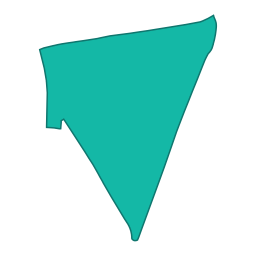 the district of Zawiyya Al-Hamra, Al Qahirah, Egypt
{"feature_id": "37247803B37865224267935", "entity_name": "Zawiyya Al-Hamra", "entity_type": "district", "adm_level": 2, "iso_a3": "EGY", "parent_name": "Egypt", "parent_adm1": "Al Qahirah", "projection": "mercator", "projection_center": [31.271, 30.098], "detail": "fine", "context": "isolated", "style": "filled", "palette": "teal", "viewbox_px": 256, "rotation_deg": 0, "n_neighbors": 0, "source": "geoboundaries", "source_scale": "gbopen_adm2", "svg_char_len": 1872}
<svg xmlns="http://www.w3.org/2000/svg" viewBox="0 0 256 256"><path d="M46.6,127.4L49.9,127.6L54.2,127.9L59.0,128.7L59.9,128.8L60.7,128.7L60.8,127.1L61.2,122.4L61.2,122.0L61.2,121.6L61.1,121.2L61.1,120.8L63.7,119.2L63.9,119.6L64.2,119.9L69.8,128.5L85.1,152.1L89.0,158.4L92.9,164.4L95.7,169.3L97.9,173.2L100.0,177.1L102.3,181.1L103.3,183.0L103.4,183.3L103.6,183.6L111.2,196.7L124.5,218.8L126.7,222.2L126.9,222.5L127.0,222.7L127.3,223.1L127.6,223.5L127.8,223.9L128.1,224.4L128.3,224.8L128.5,225.2L128.8,225.7L129.0,226.1L129.2,226.6L129.4,227.0L129.6,227.5L129.8,227.9L130.0,228.4L130.1,228.8L130.3,229.3L130.5,229.8L130.6,230.3L130.8,230.7L130.9,231.2L131.0,231.7L131.1,232.2L131.2,232.6L131.3,233.1L131.4,233.6L131.5,234.1L131.6,234.6L131.6,235.1L131.7,235.6L131.7,236.1L131.8,236.6L131.8,237.1L131.8,237.6L131.8,238.1L131.9,238.5L132.0,238.9L132.2,239.2L132.4,239.4L132.7,239.6L132.9,239.9L133.2,240.0L133.5,240.2L133.8,240.4L134.1,240.5L134.4,240.6L134.7,240.6L135.1,240.6L135.4,240.6L135.7,240.6L136.2,240.5L136.5,240.4L136.9,240.3L137.1,240.1L137.5,240.0L138.7,237.2L141.4,229.7L158.6,182.7L164.4,166.7L167.5,157.8L171.3,146.9L176.1,133.0L176.3,132.4L176.5,131.8L179.4,124.2L184.5,111.0L188.7,100.6L192.4,91.2L197.5,78.7L198.6,75.9L202.6,65.8L204.9,60.1L206.5,56.8L208.1,53.8L209.6,52.1L211.2,49.9L212.1,48.0L213.0,45.0L213.2,44.4L213.3,43.7L214.4,39.6L215.4,34.5L216.0,30.1L216.3,26.9L216.3,25.0L216.1,23.0L215.5,20.8L214.4,18.1L214.1,17.5L213.9,16.9L213.6,15.7L213.5,15.4L210.5,17.1L208.0,18.5L202.6,21.0L200.2,21.9L186.2,24.5L169.5,27.2L153.9,29.7L147.8,30.7L137.4,32.2L130.2,33.3L110.0,35.9L95.9,38.8L83.5,40.7L75.6,41.8L72.6,42.3L67.6,43.0L61.9,43.9L60.3,44.2L57.7,44.7L53.8,45.6L53.6,45.6L43.7,48.0L39.7,49.6L39.8,50.1L44.3,68.2L46.4,80.6L46.4,81.3L46.5,82.0L47.3,92.8L46.6,125.9L46.6,126.8L46.6,127.4Z" fill="#14b8a6" stroke="#0f766e" stroke-width="1.5"/></svg>